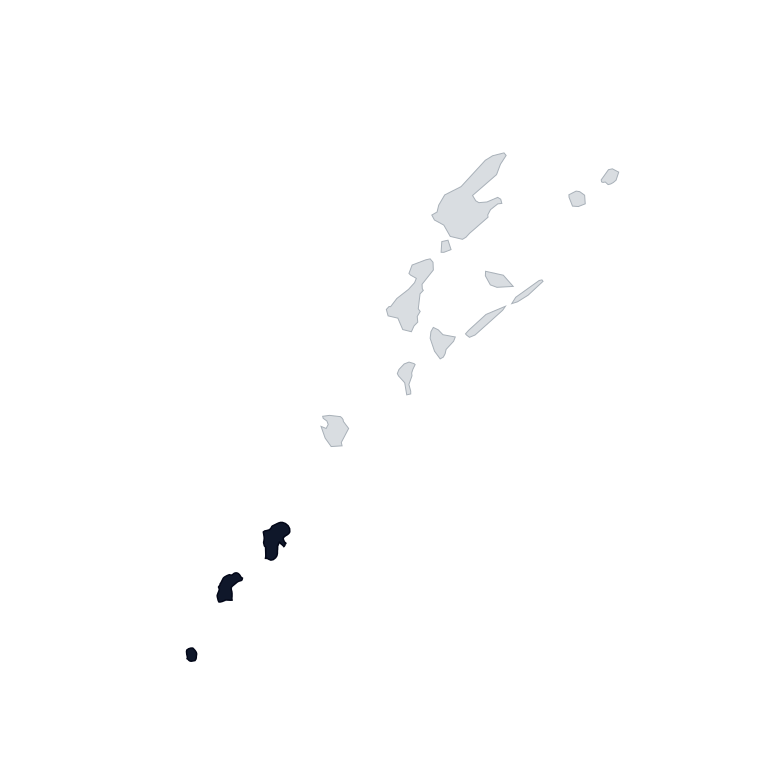 Tafea on a map of Vanuatu (Robinson projection), rotated 59°
{"feature_id": "VUT-562", "entity_name": "Tafea", "entity_type": "Province", "adm_level": 1, "iso_a3": "VUT", "parent_name": "Vanuatu", "parent_adm1": "", "projection": "robinson", "projection_center": [169.345, -19.436], "detail": "fine", "context": "in_parent", "style": "filled", "palette": "ink", "viewbox_px": 768, "rotation_deg": 59, "n_neighbors": 0, "source": "natural_earth", "source_scale": "10m", "svg_char_len": 3979}
<svg xmlns="http://www.w3.org/2000/svg" viewBox="0 0 768 768"><g transform="rotate(59 384 384)"><path d="M262.5,179.7L268.0,211.0L274.2,211.0L277.4,209.3L281.0,202.0L282.6,190.4L285.8,188.8L289.9,190.0L288.2,193.7L289.4,202.9L292.5,208.0L294.6,208.9L298.9,233.1L300.4,238.1L300.4,242.2L291.6,251.2L278.6,250.9L269.4,256.3L263.8,256.0L263.9,249.9L258.9,245.0L253.2,234.6L254.5,216.2L244.4,181.9L244.3,173.3L247.7,162.1L251.0,161.6L255.6,171.0L262.5,179.7ZM318.1,300.0L322.0,302.1L324.0,302.1L325.3,306.7L337.2,315.9L340.4,315.6L343.2,320.7L348.3,323.2L349.7,328.4L353.3,333.6L347.0,339.9L334.7,338.2L327.7,345.4L321.3,343.6L320.2,339.8L321.1,338.5L317.3,328.9L315.5,314.2L312.9,305.6L310.1,301.9L304.4,305.1L302.1,305.7L296.5,298.6L299.1,284.2L300.5,280.0L304.9,279.3L311.7,283.0L318.1,300.0ZM477.3,569.8L473.5,574.4L470.2,573.9L448.6,563.2L449.5,558.9L448.6,547.7L451.0,541.7L456.9,539.2L461.6,540.5L464.4,549.4L470.8,553.0L466.3,556.1L474.1,562.8L477.3,569.8ZM403.9,437.2L412.1,450.7L415.4,451.8L410.4,461.5L400.1,462.3L387.9,459.8L392.3,456.5L390.0,452.7L386.3,452.0L382.1,453.8L380.1,453.2L382.8,446.9L389.6,438.1L391.6,437.5L393.4,437.4L395.2,438.1L403.9,437.2ZM391.4,322.9L381.9,323.8L368.6,320.9L363.3,316.8L360.9,312.6L365.5,309.6L372.1,308.1L380.4,298.7L383.2,302.3L386.3,312.9L389.6,316.1L391.5,319.3L391.4,322.9ZM490.2,626.7L485.8,637.0L478.3,634.6L471.3,627.1L467.6,620.6L470.1,608.1L473.7,606.0L477.5,606.7L479.4,618.9L490.2,626.7ZM384.4,288.1L383.0,288.3L381.6,283.9L376.9,260.7L379.9,239.9L381.9,244.3L388.9,280.7L388.0,286.7L384.4,288.1ZM403.9,364.8L406.3,366.2L405.0,370.1L393.6,365.6L384.5,367.4L381.9,367.2L379.2,363.6L377.2,356.4L378.1,351.3L381.9,347.8L383.4,347.3L386.2,351.6L388.8,354.6L391.4,355.8L397.2,362.9L403.9,364.8ZM359.3,237.4L353.8,241.8L343.5,241.4L339.7,238.9L352.2,225.7L366.9,223.0L359.3,237.4ZM332.0,126.0L328.6,130.8L319.2,129.2L317.0,128.0L317.6,120.0L319.9,117.2L325.5,114.8L333.2,118.7L332.0,126.0ZM324.0,92.5L322.8,93.4L320.9,92.7L315.9,81.2L317.2,77.4L323.3,73.7L328.8,80.1L329.4,83.6L329.3,86.6L328.5,89.2L324.8,90.3L324.0,92.5ZM382.3,227.3L380.9,233.1L377.5,226.4L375.2,197.7L376.1,195.0L377.9,194.8L382.1,214.8L382.3,227.3ZM523.5,688.0L520.6,693.2L516.1,693.1L510.4,689.5L511.5,684.8L518.0,684.0L519.9,684.3L523.5,688.0ZM302.0,264.8L300.5,267.2L291.7,261.1L293.7,255.1L303.3,257.3L302.0,264.8Z" fill="#d9dde1" stroke="#a8b0b8" stroke-width="1"/><path d="M477.5,569.3L476.7,571.7L475.1,572.9L473.4,573.8L472.4,575.4L470.7,574.0L463.4,569.7L462.4,569.4L461.4,569.9L460.8,569.8L458.2,569.0L457.5,568.6L456.6,567.7L454.6,566.1L453.2,565.4L448.7,563.7L448.5,562.1L449.9,557.9L449.9,556.6L449.6,555.6L449.1,554.6L448.4,553.6L448.2,552.9L448.8,546.1L449.3,544.1L450.4,542.3L452.9,540.3L456.1,539.2L459.5,539.4L462.3,541.0L463.1,542.5L463.4,544.3L463.4,547.8L463.9,549.5L465.1,550.3L468.4,550.7L468.8,550.4L469.4,550.2L469.8,550.1L470.2,550.3L470.1,551.1L470.8,551.6L471.3,552.2L471.7,553.0L471.8,553.6L470.9,553.7L465.6,555.2L467.6,557.9L467.9,558.8L468.4,559.0L471.0,560.5L471.8,561.1L474.3,562.6L476.1,564.3L477.1,566.4L477.5,569.3ZM485.4,622.2L488.0,623.8L489.3,624.8L491.0,625.5L490.5,626.6L487.6,630.7L487.1,634.8L486.4,636.9L485.7,637.8L484.1,637.6L480.5,636.5L479.2,635.8L475.8,631.4L474.9,630.7L473.3,630.6L472.7,630.3L472.4,629.7L472.1,628.6L471.5,627.9L471.0,627.4L470.7,627.1L470.5,626.3L467.7,621.9L467.4,620.9L467.3,619.5L467.4,617.1L467.8,614.8L468.8,613.8L469.4,613.2L469.4,612.0L469.1,609.8L469.4,608.7L469.8,607.9L470.4,607.2L471.3,606.6L472.9,606.1L476.1,606.0L477.5,605.3L478.8,606.6L478.9,607.8L478.4,609.4L478.1,611.5L479.2,618.6L479.9,620.0L481.6,620.8L483.7,621.4L485.4,622.2ZM518.9,683.6L520.6,685.0L521.8,685.8L522.9,686.8L523.7,688.5L522.8,690.9L522.3,692.1L521.5,693.0L520.5,693.5L518.7,693.9L518.0,694.3L517.3,693.5L516.2,692.9L514.1,692.3L511.6,691.1L510.5,690.1L510.3,687.9L510.9,685.5L511.9,683.9L513.0,683.6L515.1,683.2L517.3,683.1L518.9,683.6Z" fill="#0f172a" stroke="#020617" stroke-width="1.5"/></g></svg>